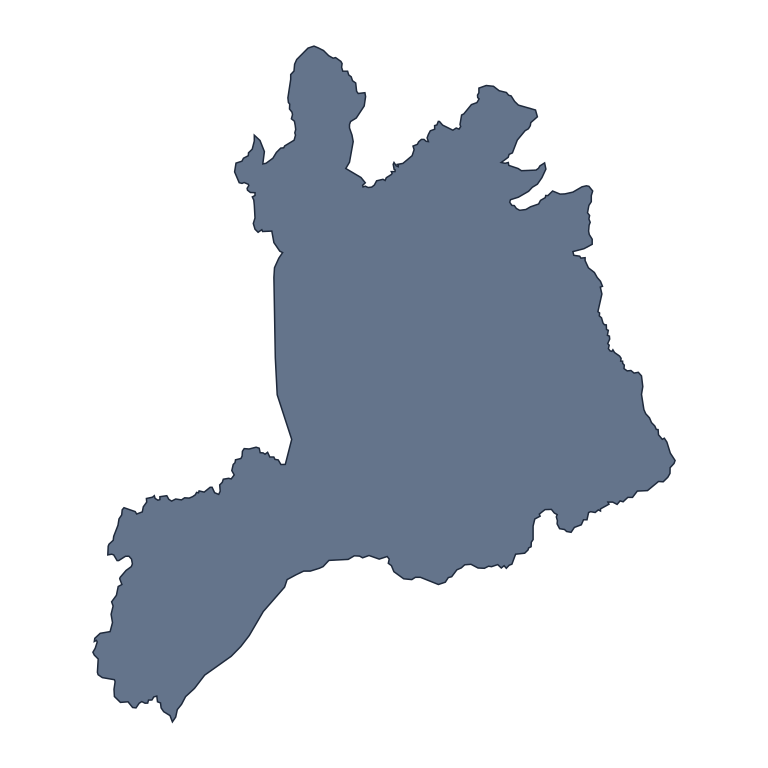 Makhoarane, Maseru, Lesotho
{"feature_id": "5366337B32255205566264", "entity_name": "Makhoarane", "entity_type": "district", "adm_level": 2, "iso_a3": "LSO", "parent_name": "Lesotho", "parent_adm1": "Maseru", "projection": "robinson", "projection_center": [27.527, -29.591], "detail": "fine", "context": "isolated", "style": "filled", "palette": "slate", "viewbox_px": 768, "rotation_deg": 0, "n_neighbors": 0, "source": "geoboundaries", "source_scale": "gbopen_adm2", "svg_char_len": 6073}
<svg xmlns="http://www.w3.org/2000/svg" viewBox="0 0 768 768"><path d="M172.4,721.9L175.7,717.1L177.3,709.6L181.5,704.4L185.6,696.6L194.5,688.4L204.7,675.1L231.3,656.2L240.9,646.4L249.2,635.6L263.3,611.5L284.6,587.1L287.1,579.6L296.2,574.7L303.7,571.1L310.3,571.1L319.3,568.3L323.1,566.6L328.9,560.4L348.2,559.4L354.3,555.8L359.6,556.1L362.6,557.8L369.0,555.5L379.2,559.1L387.2,556.5L389.2,559.1L388.3,563.3L391.4,565.6L393.9,571.7L403.7,578.8L411.8,579.6L415.4,577.3L420.4,577.3L438.4,584.5L445.3,582.2L448.3,577.6L451.7,576.7L456.9,569.8L461.3,567.9L464.7,564.8L471.0,564.3L478.0,568.0L484.4,568.3L488.6,566.2L491.5,566.7L497.7,564.6L501.3,568.0L504.1,565.7L506.3,568.3L509.2,565.2L511.9,564.2L515.6,554.2L524.7,553.2L528.0,550.0L528.6,548.0L531.1,546.7L531.3,542.2L533.1,539.6L533.1,526.1L534.8,519.0L540.1,516.2L539.3,514.1L545.0,509.6L551.4,509.4L554.3,513.0L557.2,514.6L556.3,516.9L557.4,520.6L557.1,523.9L559.6,528.7L564.5,529.5L566.6,531.5L571.1,532.3L574.4,527.4L581.3,524.8L583.5,519.8L587.0,519.8L588.6,512.5L590.7,511.7L595.2,512.5L598.3,509.9L600.5,511.0L600.5,508.9L609.0,504.2L607.9,502.1L612.7,502.1L617.1,504.4L620.1,500.9L623.1,501.8L627.8,497.4L632.5,497.4L637.3,491.1L647.5,490.6L658.5,481.5L663.2,481.8L667.8,477.3L670.0,473.4L670.1,467.7L674.0,463.5L675.1,460.5L670.3,453.1L666.9,442.1L664.3,438.2L662.3,439.3L658.5,434.8L658.1,429.6L656.3,429.4L654.8,426.0L651.5,422.6L649.5,417.9L645.7,413.7L643.9,409.6L641.5,394.4L642.8,386.6L641.5,375.9L638.3,372.3L634.1,373.1L630.9,370.5L627.2,370.9L624.0,368.6L624.3,365.1L622.7,363.4L622.6,361.2L620.7,361.1L621.1,358.3L619.6,356.1L614.5,352.5L612.9,349.8L611.9,351.4L610.1,350.9L608.4,348.7L609.2,345.2L607.7,343.6L609.7,339.1L609.4,336.1L607.4,335.3L608.3,330.3L606.5,329.5L606.3,324.9L604.4,324.7L603.0,323.0L601.5,317.8L599.3,315.9L599.6,313.0L597.9,311.7L601.9,294.0L600.3,287.1L602.5,286.3L600.5,281.3L597.2,277.5L594.4,272.5L588.4,267.8L585.1,260.6L585.1,257.7L580.9,258.1L579.7,256.2L573.8,255.3L572.9,251.6L584.0,248.7L592.2,244.3L592.2,239.2L589.3,234.6L588.6,231.1L589.1,225.2L590.2,222.3L588.9,219.0L589.6,215.5L587.5,212.8L588.9,205.4L591.3,201.7L591.3,195.6L592.7,191.0L588.9,186.3L586.4,185.8L582.0,186.8L572.9,192.1L564.9,193.9L560.1,194.1L552.6,191.0L547.9,195.6L545.7,195.5L545.3,197.6L540.5,200.4L538.6,204.0L530.5,206.8L525.9,209.5L519.7,210.3L516.4,208.5L514.3,205.6L511.9,205.4L509.7,202.2L510.5,199.7L518.4,197.2L528.6,191.3L532.3,187.3L537.4,184.2L541.9,177.7L545.9,169.1L544.6,162.9L539.9,165.9L538.5,168.3L536.0,170.1L521.4,170.7L518.1,168.5L508.8,165.4L508.3,162.5L505.1,163.3L501.2,162.5L508.2,157.3L509.1,154.4L512.4,152.9L517.3,140.1L525.1,130.7L528.4,128.8L530.3,125.7L530.8,122.6L537.4,116.8L535.5,110.0L518.4,105.1L514.6,101.4L511.1,95.9L508.6,95.2L506.4,92.5L499.1,90.7L493.5,86.3L486.2,85.5L478.9,88.1L478.9,92.8L477.5,95.1L477.7,97.6L479.1,98.9L476.9,102.6L471.4,104.6L463.8,113.9L461.6,115.0L460.0,124.5L460.7,126.6L459.0,129.1L456.2,128.0L452.9,130.2L442.6,125.1L439.5,121.5L438.3,121.4L436.9,124.9L434.6,125.6L434.7,129.2L430.3,130.8L428.4,134.4L427.1,137.9L428.4,141.6L426.1,141.3L424.0,139.4L421.4,139.4L418.6,141.9L417.4,144.3L413.0,146.1L414.1,149.7L412.1,155.7L402.9,163.4L397.4,164.4L398.3,165.2L398.2,166.7L396.2,165.8L394.0,162.5L393.2,164.3L394.1,169.3L395.2,170.0L395.0,171.6L391.3,171.6L392.1,173.3L391.5,174.4L386.3,177.7L385.1,180.5L383.0,179.3L376.6,180.8L374.3,185.1L371.7,187.1L368.1,187.5L365.3,186.2L363.0,186.9L362.6,185.3L365.3,182.8L361.0,177.5L345.8,168.5L349.5,162.2L353.2,141.6L352.0,135.1L349.5,128.0L349.5,124.5L350.6,121.5L356.3,118.0L364.2,106.0L365.6,96.6L364.9,92.7L358.2,93.5L356.6,91.3L355.7,83.0L352.5,80.7L351.2,76.8L348.7,74.9L347.6,71.2L342.8,71.2L341.6,67.3L342.1,63.6L340.9,61.4L335.6,57.6L333.1,58.2L328.7,55.7L323.6,50.6L318.3,47.9L314.0,46.1L308.0,48.1L296.7,59.5L294.6,64.2L294.0,71.0L290.7,74.5L290.7,79.4L287.9,97.8L288.4,102.5L289.7,104.1L289.5,109.0L292.0,112.2L292.5,114.7L291.4,118.8L294.4,121.2L295.2,125.4L295.7,129.5L294.8,132.9L295.5,135.1L294.1,140.2L284.7,145.9L283.7,147.8L280.7,148.1L276.4,152.4L272.9,158.2L266.0,163.3L262.8,163.9L264.4,151.6L260.0,140.5L254.3,135.2L254.3,141.0L252.2,149.2L248.5,152.8L248.3,155.7L243.5,158.2L241.9,161.2L236.0,163.1L234.6,171.9L239.2,182.7L242.0,183.4L244.1,182.5L248.3,184.3L248.8,185.6L247.1,188.3L247.5,190.2L250.4,192.5L255.0,192.7L255.0,195.5L252.3,196.9L253.8,200.1L254.3,205.2L255.0,218.0L253.3,223.5L255.0,229.2L258.1,232.3L261.8,229.7L262.6,231.5L271.8,231.1L273.9,242.6L279.8,251.2L282.6,252.6L278.8,258.2L274.5,267.7L273.9,277.4L275.3,357.7L277.2,394.8L291.7,439.4L285.3,464.4L280.9,464.5L278.2,459.9L275.0,459.4L273.8,457.0L269.8,457.0L267.6,452.3L265.0,454.2L263.1,452.9L260.2,452.7L259.2,448.2L256.1,447.2L249.1,449.0L244.2,448.6L242.4,451.3L242.1,456.1L240.9,458.5L235.5,459.8L235.0,462.7L233.2,464.5L231.8,470.6L234.2,474.9L231.2,478.9L228.6,478.3L223.3,479.2L222.3,482.3L219.7,484.9L220.2,491.2L218.7,494.4L214.6,492.7L212.1,487.3L210.1,487.3L204.2,492.1L199.1,490.9L198.5,492.8L196.6,492.4L195.3,494.8L192.7,496.6L189.2,498.1L184.6,497.8L181.5,499.9L175.7,499.0L171.6,501.1L168.8,499.3L166.8,495.7L159.9,496.7L159.9,499.6L157.9,500.2L155.1,498.4L154.3,495.7L152.5,497.2L146.4,498.5L146.7,502.1L143.3,506.8L142.3,511.9L136.7,514.0L135.2,511.6L124.0,507.7L122.2,509.8L121.7,514.9L119.0,518.9L118.0,525.2L113.7,536.3L113.2,540.3L109.0,544.2L108.2,546.2L107.8,554.9L111.7,554.2L113.7,554.9L117.1,560.6L118.7,560.6L125.4,556.3L128.9,556.2L131.5,559.1L132.4,563.9L131.3,566.6L126.1,570.4L120.2,577.3L119.7,578.7L121.9,584.5L118.2,586.5L116.4,595.3L111.6,601.8L113.1,606.0L111.1,614.3L112.5,622.6L110.1,631.6L100.2,633.3L94.8,638.3L94.3,641.5L96.5,640.4L97.2,642.0L95.2,648.3L92.9,652.2L94.3,655.1L98.2,659.0L97.4,672.3L98.1,674.7L102.3,677.6L114.4,679.7L115.1,681.7L114.0,689.3L114.4,696.5L120.4,702.4L128.0,701.8L132.6,707.5L136.0,707.9L139.2,703.2L141.8,701.6L145.0,703.2L147.7,703.1L148.5,700.1L151.9,700.0L153.8,696.9L156.8,696.1L157.5,701.8L160.5,702.9L161.1,707.9L163.7,711.7L170.0,715.6L172.4,721.9Z" fill="#64748b" stroke="#1e293b" stroke-width="1.5"/></svg>